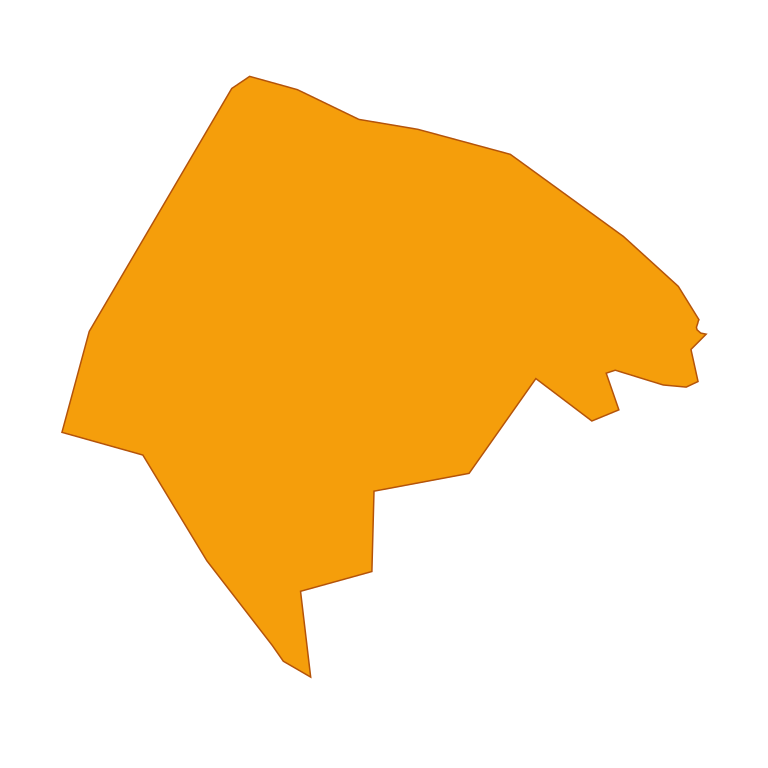 outline of San Miguel del Río, Oaxaca, Mexico, rotated 94°
{"feature_id": "50627088B44096778996990", "entity_name": "San Miguel del Río", "entity_type": "district", "adm_level": 2, "iso_a3": "MEX", "parent_name": "Mexico", "parent_adm1": "Oaxaca", "projection": "natural_earth1", "projection_center": [-96.573, 17.33], "detail": "fine", "context": "isolated", "style": "filled", "palette": "amber", "viewbox_px": 768, "rotation_deg": 94, "n_neighbors": 0, "source": "geoboundaries", "source_scale": "gbopen_adm2", "svg_char_len": 610}
<svg xmlns="http://www.w3.org/2000/svg" viewBox="0 0 768 768"><g transform="rotate(94 384 384)"><path d="M86.5,539.5L99.8,556.5L352.1,681.7L454.7,701.9L471.7,619.6L572.8,548.3L652.6,477.2L667.6,465.1L681.5,436.7L650.4,442.6L596.6,452.8L571.9,383.0L491.6,386.5L467.2,292.9L368.0,232.9L406.4,174.1L393.4,147.9L357.7,163.1L354.1,154.3L365.5,105.4L366.0,82.3L359.6,70.9L328.1,80.2L311.8,66.1L311.1,71.6L308.1,75.5L305.6,76.3L302.9,75.6L301.3,75.2L299.4,74.9L297.9,74.3L266.1,97.2L220.3,155.2L146.1,274.0L127.6,367.9L121.8,427.5L96.4,491.0L86.5,539.5Z" fill="#f59e0b" stroke="#b45309" stroke-width="1.5"/></g></svg>